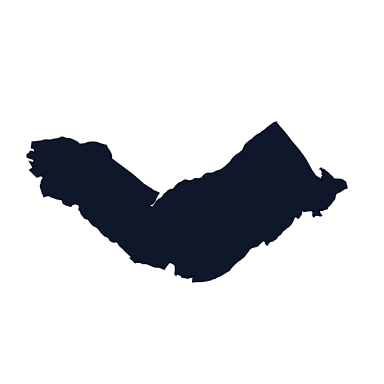 the district of Creteni, Vâlcea, Romania, rotated 75°
{"feature_id": "2599482B89031901268624", "entity_name": "Creteni", "entity_type": "district", "adm_level": 2, "iso_a3": "ROU", "parent_name": "Romania", "parent_adm1": "Vâlcea", "projection": "orthographic", "projection_center": [24.181, 44.701], "detail": "fine", "context": "isolated", "style": "filled", "palette": "ink", "viewbox_px": 384, "rotation_deg": 75, "n_neighbors": 0, "source": "geoboundaries", "source_scale": "gbopen_adm2", "svg_char_len": 6014}
<svg xmlns="http://www.w3.org/2000/svg" viewBox="0 0 384 384"><g transform="rotate(75 192 192)"><path d="M158.1,336.2L157.9,334.0L158.0,333.0L157.8,332.4L158.1,331.6L159.6,329.7L160.4,328.9L162.1,326.2L163.3,324.6L165.8,319.4L169.1,319.3L169.7,319.1L170.2,318.8L171.9,316.7L172.9,314.8L174.1,313.5L174.3,313.0L174.2,312.5L173.2,311.4L173.0,310.9L172.9,308.4L173.1,307.7L173.8,306.3L175.3,304.5L177.6,304.3L178.3,304.8L178.9,305.4L179.9,305.6L181.4,304.7L181.9,304.5L183.8,304.5L184.8,304.3L186.1,303.6L187.6,303.2L189.3,302.3L189.8,302.0L190.4,301.0L191.0,299.7L191.6,299.0L194.6,298.1L198.5,296.1L201.8,292.5L203.8,291.6L204.5,291.1L206.6,290.5L208.6,289.5L212.0,287.3L212.6,286.6L212.9,285.9L213.1,285.6L215.0,284.0L217.3,283.7L218.7,282.4L219.5,281.4L219.8,280.7L220.2,279.8L220.1,278.3L220.2,277.9L221.9,276.5L222.2,276.3L223.1,276.3L225.1,275.7L230.5,271.9L230.8,272.3L233.4,270.5L235.5,269.3L239.6,266.6L239.9,268.6L243.8,266.0L244.9,265.7L245.2,265.3L245.5,265.1L245.5,264.5L245.5,263.9L245.5,262.7L246.2,261.4L246.4,260.6L246.1,260.0L247.8,258.7L247.5,258.0L247.7,257.8L248.3,257.8L248.5,257.4L248.9,254.9L249.3,254.5L250.5,252.7L254.1,248.1L254.8,246.6L255.4,245.8L255.5,244.2L256.1,243.0L258.1,240.1L259.3,238.7L259.1,238.5L258.6,238.3L254.0,232.4L254.6,230.9L255.2,229.7L255.9,228.9L257.8,227.5L257.9,227.2L259.0,227.2L263.2,228.0L266.6,229.6L268.2,229.0L267.2,227.8L267.8,226.6L268.5,225.8L269.9,223.5L270.8,224.0L271.2,224.0L271.8,223.1L272.5,221.2L273.5,219.6L274.1,218.4L274.2,217.8L273.8,217.3L273.7,216.6L273.6,216.4L274.2,214.9L273.7,214.5L273.4,214.5L273.5,213.8L274.0,212.7L278.9,214.5L279.6,210.4L280.7,206.4L281.2,202.8L281.6,196.7L281.1,194.5L281.2,192.6L281.1,191.7L280.7,190.6L279.8,185.3L279.1,183.2L278.6,180.9L277.8,179.0L277.4,176.7L277.0,175.9L275.8,174.6L274.2,172.5L274.0,171.8L272.5,169.5L270.1,164.5L270.0,163.5L268.7,160.7L268.4,159.7L267.9,158.7L266.9,157.3L266.0,156.4L263.8,153.3L263.0,152.7L262.4,152.0L261.0,148.8L261.0,146.4L261.1,143.5L261.0,142.9L260.8,142.4L260.2,141.5L258.3,138.2L257.6,136.6L257.4,135.8L257.7,134.8L258.2,134.0L260.6,134.1L262.1,133.5L262.6,133.0L261.3,131.7L260.6,130.7L259.8,129.1L259.8,128.5L260.1,127.6L260.1,126.9L258.6,122.6L257.0,121.0L256.4,120.0L255.7,117.7L254.7,116.3L253.5,115.1L253.0,114.3L252.0,111.8L251.0,110.2L250.9,109.5L250.3,107.6L248.8,105.1L247.8,103.9L247.1,103.2L245.0,101.4L243.4,100.3L242.0,98.8L243.3,97.3L244.5,96.4L244.6,95.8L244.4,95.3L243.6,94.7L243.1,94.1L242.2,93.5L241.9,93.1L241.9,92.8L242.1,92.6L242.0,92.4L241.1,92.4L240.2,91.7L238.4,90.8L238.1,90.7L237.9,90.3L237.9,90.0L238.3,89.8L238.3,89.6L238.3,89.4L239.0,89.2L238.4,88.7L238.4,88.1L238.5,87.9L239.0,87.8L239.2,88.1L239.4,88.3L239.6,88.3L239.8,88.0L239.9,87.4L240.1,84.8L240.5,82.3L240.6,81.2L241.1,81.1L241.9,80.4L242.5,80.3L243.9,80.3L244.9,80.9L245.1,81.2L245.5,81.1L246.6,81.2L247.4,80.8L247.4,80.5L246.4,79.4L246.6,77.7L247.0,76.0L248.0,74.6L248.2,74.0L248.2,73.1L245.7,74.1L243.3,74.2L242.5,74.0L242.9,73.4L242.9,72.6L243.4,70.8L243.0,68.4L243.0,65.8L242.8,65.6L241.7,65.1L241.3,64.6L240.6,63.1L239.2,60.7L237.9,59.5L236.0,56.7L235.4,56.3L235.2,55.9L232.5,54.7L231.7,54.1L230.5,53.0L230.1,51.1L230.1,50.1L230.0,49.3L229.3,47.4L228.5,44.5L228.2,44.2L228.0,43.8L228.2,42.3L228.2,41.4L226.2,41.1L225.2,41.3L222.3,41.1L219.4,43.6L218.6,44.6L217.4,48.1L216.7,50.7L216.0,52.0L215.7,52.3L214.5,52.3L213.3,53.0L212.8,53.2L211.2,54.5L209.9,55.0L209.5,55.5L208.2,55.9L207.0,57.3L204.8,58.6L204.3,59.3L204.4,59.8L204.3,60.0L203.2,60.8L202.8,60.8L202.4,61.1L202.9,62.2L203.5,61.3L203.8,61.1L205.1,61.1L206.3,60.7L207.0,60.9L208.3,61.6L208.8,61.1L209.9,60.9L211.5,62.8L213.5,64.1L213.1,64.7L211.3,65.9L209.6,67.7L208.0,68.8L204.3,70.0L202.7,70.8L191.3,73.5L185.0,75.6L184.0,76.1L178.2,78.4L169.9,82.4L159.7,86.6L149.1,91.8L146.2,92.7L146.6,93.4L146.5,94.7L146.9,96.3L147.6,97.6L148.9,101.2L149.7,103.1L150.9,105.2L151.4,106.3L152.0,108.9L152.9,110.3L153.1,111.0L153.8,114.2L154.6,116.0L154.7,116.7L156.5,119.7L158.1,124.1L158.7,125.2L159.4,126.9L160.3,128.2L161.4,129.3L163.9,131.2L165.4,132.9L165.7,133.5L166.0,134.6L166.4,135.0L167.1,136.8L167.9,139.9L169.2,142.2L171.6,145.8L172.8,146.6L173.0,146.9L176.3,153.4L177.6,156.7L178.3,158.9L178.3,161.3L178.7,164.5L179.3,166.5L178.7,170.1L178.2,171.7L178.1,172.4L178.2,174.0L178.8,175.5L179.1,176.2L180.9,178.6L181.1,179.0L181.1,180.2L181.1,182.4L180.0,185.6L180.1,186.2L180.8,188.4L181.0,189.8L180.8,190.9L180.6,192.1L180.1,192.9L179.6,194.0L178.8,194.9L178.8,195.3L179.0,197.4L179.6,198.5L180.0,200.4L180.0,201.6L180.3,202.6L181.1,204.3L181.8,205.6L183.6,207.8L184.6,209.3L184.6,210.0L184.3,211.7L184.3,212.8L184.7,214.4L184.9,215.1L185.8,216.2L186.9,219.1L187.5,220.0L189.6,222.2L189.8,222.8L190.0,223.0L190.4,225.0L191.4,227.3L191.9,228.2L192.5,229.0L194.6,231.1L194.6,231.4L195.2,232.3L196.5,233.8L196.7,234.2L196.4,234.6L194.1,237.0L193.2,235.9L193.1,235.5L193.2,233.8L193.0,233.2L192.4,232.0L190.5,229.9L189.5,229.1L188.5,228.5L185.6,225.8L184.5,224.3L182.6,226.5L181.4,228.2L179.5,230.0L178.1,230.9L177.4,231.9L172.2,236.6L159.5,245.2L139.1,261.3L136.4,260.6L134.5,260.5L131.5,261.1L128.4,262.2L124.7,262.9L124.2,264.3L122.0,267.8L119.7,271.1L118.9,272.9L118.0,276.0L117.6,278.2L117.5,279.8L117.8,283.8L117.0,288.0L116.4,288.8L114.6,289.6L112.7,291.7L112.0,292.3L109.2,296.0L108.7,296.8L108.5,298.0L108.0,299.4L107.1,300.8L105.9,302.3L105.5,303.4L105.4,304.2L106.0,306.2L106.0,306.8L105.5,311.3L105.4,315.7L105.3,316.1L104.4,318.2L103.8,320.8L103.8,321.5L104.0,323.7L103.8,324.8L103.5,327.4L103.0,331.0L102.4,333.3L107.5,335.5L108.0,335.4L108.2,335.1L108.3,333.7L109.4,333.3L112.0,333.1L112.5,333.4L112.5,334.0L112.4,335.2L111.7,335.8L111.2,336.8L111.0,337.7L111.5,338.1L112.5,338.1L112.7,340.3L113.3,341.5L115.7,342.1L119.6,336.1L123.1,337.2L120.8,340.8L127.6,339.0L128.8,342.9L137.4,337.9L136.9,333.6L139.5,331.4L142.4,334.3L143.3,334.9L145.2,335.4L145.6,336.1L146.9,336.8L149.9,336.9L151.6,336.6L153.4,336.8L154.4,336.7L155.7,336.3L158.1,336.2Z" fill="#0f172a" stroke="#020617" stroke-width="1.5"/></g></svg>